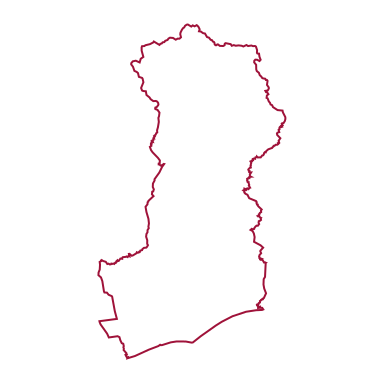 Tha Chana, Surat Thani, Thailand, rotated 91°
{"feature_id": "78962969B77729617047894", "entity_name": "Tha Chana", "entity_type": "district", "adm_level": 2, "iso_a3": "THA", "parent_name": "Thailand", "parent_adm1": "Surat Thani", "projection": "mercator", "projection_center": [98.995, 9.596], "detail": "fine", "context": "isolated", "style": "outline", "palette": "rose", "viewbox_px": 384, "rotation_deg": 91, "n_neighbors": 0, "source": "geoboundaries", "source_scale": "gbopen_adm2", "svg_char_len": 6037}
<svg xmlns="http://www.w3.org/2000/svg" viewBox="0 0 384 384"><g transform="rotate(91 192 192)"><path d="M359.4,253.7L357.0,246.2L350.4,232.4L346.6,222.9L345.3,221.2L345.7,220.5L345.6,219.3L342.7,210.6L341.7,204.8L341.6,195.7L342.6,189.7L342.4,188.5L336.0,180.7L325.2,166.0L321.2,159.9L315.5,149.3L310.8,135.9L309.1,125.9L308.7,119.9L308.2,118.7L306.6,119.8L306.6,121.8L305.4,121.9L305.6,122.8L306.6,122.8L306.8,123.9L304.6,124.0L304.3,125.0L303.6,125.2L303.2,124.8L303.4,124.2L302.8,123.4L301.9,123.3L301.3,122.1L299.8,122.2L299.2,121.2L298.7,121.1L298.1,119.4L297.5,119.6L296.8,118.3L292.0,116.2L287.3,118.1L283.3,118.9L277.9,118.8L275.6,117.5L262.4,117.1L261.7,117.5L261.4,117.0L261.0,117.9L261.2,118.8L258.6,120.3L258.6,122.2L258.2,122.8L257.3,122.8L257.2,122.4L256.9,123.4L256.1,123.3L255.6,123.8L253.9,123.4L252.0,121.8L250.1,122.7L249.5,122.6L246.4,119.9L244.1,122.5L240.7,129.1L236.0,128.6L232.5,129.4L230.0,130.7L228.9,132.8L227.8,131.6L228.2,130.9L227.8,129.2L227.1,129.1L225.4,127.9L224.5,126.8L224.6,125.6L222.9,124.3L221.7,124.9L220.0,124.7L219.7,123.7L218.7,122.5L217.2,122.9L216.7,122.5L216.0,123.8L214.8,124.3L215.2,125.6L214.9,125.9L214.6,125.0L213.1,124.8L212.6,123.9L211.7,123.8L210.9,122.5L209.3,122.7L208.3,122.0L205.2,125.4L204.0,126.3L203.4,126.1L203.1,126.9L201.7,127.4L201.1,127.1L200.0,127.7L197.2,134.7L193.8,136.5L192.8,138.6L191.7,139.6L191.4,139.4L190.0,140.0L189.5,140.7L189.0,139.8L187.7,139.7L188.1,138.8L188.8,138.9L189.2,138.0L188.9,137.6L187.7,137.4L187.4,136.5L188.1,135.5L187.0,134.8L186.7,134.0L184.6,135.3L183.9,134.9L182.0,135.6L181.2,135.5L181.0,136.6L180.1,136.9L179.0,136.7L178.9,137.1L178.1,136.9L178.1,137.8L177.5,136.4L176.4,135.4L176.9,134.7L175.8,134.3L175.7,133.3L175.2,134.3L173.6,134.5L171.4,133.2L171.5,134.8L171.1,135.2L170.1,134.8L169.7,135.7L168.5,136.1L166.9,134.7L166.5,133.6L164.9,134.0L164.4,133.6L163.3,133.7L161.8,133.2L160.5,134.0L160.2,132.8L159.7,133.0L159.4,132.6L159.2,131.5L157.9,131.8L157.5,130.9L157.7,129.4L156.3,129.2L155.9,127.9L155.4,127.8L156.3,126.9L156.2,123.9L154.3,122.5L154.0,121.4L153.0,120.8L152.0,120.7L151.1,120.0L151.1,119.3L150.7,119.4L150.5,118.7L149.8,118.5L148.0,116.5L146.5,112.6L145.7,112.2L145.3,111.5L144.4,111.2L144.4,110.3L143.3,109.2L143.3,107.7L142.7,106.8L141.9,106.9L142.1,106.3L141.4,105.6L139.3,106.3L136.7,104.6L133.5,107.8L132.0,108.1L131.2,107.6L130.6,105.8L128.4,106.5L127.8,105.6L126.6,105.8L125.6,105.4L125.7,104.4L125.2,103.1L124.2,103.9L123.7,102.6L122.2,103.5L121.7,103.1L121.5,101.7L119.4,100.4L117.3,99.9L115.5,100.0L110.8,102.5L109.0,102.9L108.6,107.9L105.7,112.5L103.8,113.4L103.1,115.0L101.4,115.6L100.1,116.8L97.1,118.0L96.6,119.1L94.2,118.8L92.9,117.3L91.2,118.5L90.9,119.7L89.6,120.4L89.1,118.0L87.2,117.0L86.1,117.1L83.6,118.9L79.6,118.4L78.8,118.9L78.7,120.1L77.5,120.7L77.1,123.2L76.5,124.1L75.5,124.6L74.0,126.3L71.6,127.2L70.0,129.3L68.3,129.9L63.7,130.1L61.3,132.1L59.7,132.0L58.6,131.0L58.6,129.2L59.9,126.8L58.6,125.7L55.6,126.9L52.5,127.4L52.4,129.0L51.7,129.5L49.0,129.4L45.5,130.6L44.9,131.6L45.1,133.5L44.5,135.2L45.1,138.5L44.1,140.1L45.6,143.2L44.9,144.9L44.6,148.0L45.0,150.8L44.4,152.8L45.1,154.8L43.5,155.9L42.6,161.0L43.1,161.8L44.7,162.0L45.5,163.4L45.4,166.8L44.0,168.5L44.0,169.3L44.8,170.1L44.8,171.1L44.0,171.9L42.3,172.2L41.6,172.7L41.2,173.8L39.8,174.7L39.5,176.0L37.4,177.7L36.8,179.7L33.3,181.8L33.0,183.7L31.4,186.0L31.2,187.8L29.2,187.2L28.5,187.5L26.5,188.6L25.1,190.2L26.3,192.3L25.4,194.2L26.6,195.6L24.6,199.1L24.8,200.2L25.9,201.8L27.6,202.7L28.4,203.9L30.1,205.0L32.9,206.3L34.5,206.5L37.5,205.7L38.9,207.2L38.9,209.0L40.0,210.9L38.3,213.7L38.1,216.7L39.0,218.2L40.4,219.1L41.3,221.4L42.6,222.3L42.9,224.0L44.0,224.8L44.4,226.2L45.5,227.1L42.2,232.8L43.1,233.3L44.9,236.6L46.1,241.2L46.9,242.1L47.1,244.5L48.3,244.9L51.6,244.8L57.8,243.0L59.7,245.6L63.4,246.6L61.7,250.5L62.4,253.5L64.3,255.0L65.5,255.0L67.8,253.2L71.9,251.7L72.9,249.4L74.0,248.1L77.8,247.1L78.8,243.9L79.5,243.4L83.1,242.5L88.9,244.7L91.4,243.7L91.9,242.5L92.1,239.9L95.8,239.2L98.2,236.1L99.9,235.0L101.8,232.3L101.6,229.7L102.2,228.4L103.5,227.4L105.2,227.1L105.9,227.4L107.7,228.8L108.2,230.1L109.0,230.3L109.7,230.1L110.5,227.9L113.2,225.9L116.8,226.3L118.5,226.9L122.5,226.4L127.9,227.2L130.9,228.0L133.1,227.8L133.8,228.8L135.3,229.3L136.2,230.5L136.8,230.2L137.0,230.8L137.6,230.5L138.6,231.2L139.2,230.9L139.2,231.6L140.6,231.5L141.1,232.5L142.5,232.0L142.1,233.2L143.3,233.1L144.0,233.9L144.7,233.9L144.9,233.3L145.7,233.8L146.5,233.4L147.6,234.9L150.8,233.7L153.0,232.1L158.5,226.6L161.0,224.7L163.7,224.8L164.1,225.8L165.0,225.8L165.1,224.9L166.1,223.9L165.6,222.2L164.4,220.7L164.5,220.3L167.3,222.3L173.1,225.0L179.9,229.7L181.1,229.6L184.2,231.2L187.7,231.3L190.0,230.2L192.1,230.8L192.4,231.8L195.0,232.0L196.8,230.4L201.6,235.4L202.4,235.5L203.0,236.2L205.1,236.3L207.6,238.2L212.8,237.2L219.5,235.1L224.2,234.5L227.5,235.0L228.9,234.6L230.9,235.8L233.1,235.8L234.7,236.8L237.5,237.1L241.0,235.9L244.6,235.9L245.9,235.1L247.4,235.9L248.4,236.7L248.7,239.1L250.0,240.6L251.0,240.9L251.5,242.7L252.9,243.2L252.8,243.9L253.4,244.1L253.7,245.2L253.2,246.1L254.3,246.6L256.5,250.1L256.8,251.2L254.9,253.4L255.0,254.0L257.4,253.4L257.0,254.4L258.2,255.2L257.6,256.4L258.0,257.0L258.4,260.1L259.0,260.6L260.0,260.6L259.8,262.4L262.2,264.1L262.3,265.0L261.6,265.4L262.6,266.4L263.3,266.3L263.7,267.1L264.3,267.1L264.4,267.9L265.3,268.5L264.9,269.3L265.3,270.5L265.0,271.4L265.6,271.7L265.9,272.8L265.1,274.2L265.5,275.4L263.3,277.0L262.5,279.8L261.7,281.0L262.2,281.3L262.2,281.8L262.8,281.8L263.5,283.1L266.2,282.7L271.2,282.9L274.1,284.0L276.8,284.1L279.0,281.5L282.7,280.1L292.9,278.3L294.0,277.8L294.1,275.3L296.2,273.6L297.5,270.4L298.1,270.0L312.5,267.1L320.2,264.9L322.8,282.3L323.9,282.0L326.0,281.1L335.1,274.4L338.9,272.6L337.5,263.9L338.4,262.0L341.4,261.1L344.4,259.6L344.9,258.1L347.3,257.5L348.4,257.9L349.8,257.4L351.2,257.6L354.4,254.7L355.1,254.7L355.9,255.7L356.4,255.4L356.3,254.6L357.2,255.0L358.5,254.2L358.3,253.4L359.4,253.7Z" fill="none" stroke="#9f1239" stroke-width="2"/></g></svg>